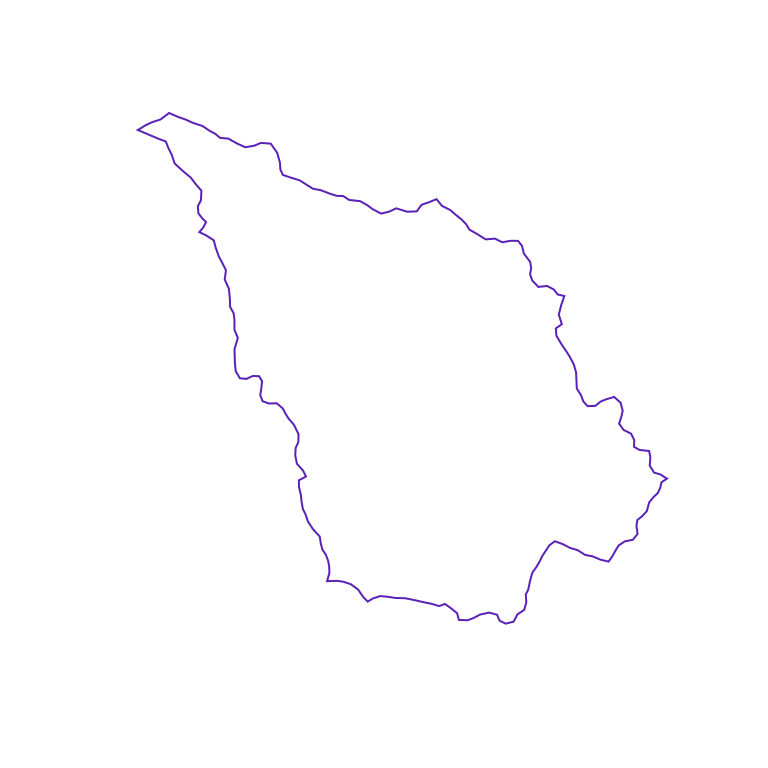 Nova Módica, Minas Gerais, Brazil (Mercator projection), rotated 283°
{"feature_id": "56859067B57192230716204", "entity_name": "Nova Módica", "entity_type": "district", "adm_level": 2, "iso_a3": "BRA", "parent_name": "Brazil", "parent_adm1": "Minas Gerais", "projection": "mercator", "projection_center": [-41.519, -18.438], "detail": "fine", "context": "isolated", "style": "outline", "palette": "violet", "viewbox_px": 768, "rotation_deg": 283, "n_neighbors": 0, "source": "geoboundaries", "source_scale": "gbopen_adm2", "svg_char_len": 2982}
<svg xmlns="http://www.w3.org/2000/svg" viewBox="0 0 768 768"><g transform="rotate(283 384 384)"><path d="M355.4,681.0L358.1,673.5L358.4,667.1L364.2,661.3L372.5,660.0L378.4,657.4L377.2,647.9L379.0,641.8L385.7,640.4L391.2,635.9L393.1,627.8L398.3,622.0L404.9,622.6L411.6,622.6L418.9,618.8L423.2,611.2L419.0,603.8L415.6,599.0L410.2,594.8L408.2,587.3L411.9,582.1L417.4,578.5L422.9,572.9L431.9,570.4L438.6,568.5L445.7,564.6L452.2,559.0L457.3,553.8L462.3,548.4L469.7,541.2L476.8,538.9L482.3,543.8L490.9,538.7L500.4,538.9L510.3,539.9L510.3,533.1L514.3,528.2L516.2,520.7L513.3,512.6L518.2,505.2L523.9,501.6L529.7,501.4L535.8,499.0L542.6,490.9L549.6,487.4L553.6,482.4L552.1,475.4L548.7,467.3L550.6,459.4L547.8,450.5L551.2,440.7L553.6,432.5L558.0,428.3L561.6,422.8L565.1,415.7L568.4,409.5L570.6,400.4L575.9,393.6L570.8,386.3L567.1,380.3L559.6,377.1L557.1,368.0L557.9,356.3L553.1,350.3L549.4,342.8L551.8,333.6L554.3,327.9L556.8,319.7L555.5,308.5L558.0,301.9L556.7,295.7L557.3,288.3L558.6,278.9L558.3,270.7L560.8,263.6L563.5,255.9L564.1,247.1L565.0,238.4L569.6,234.8L576.1,232.9L585.1,228.0L592.7,219.6L591.2,209.8L586.9,203.8L583.5,195.6L585.3,186.6L588.1,177.1L586.9,169.1L589.7,163.5L591.6,156.7L594.6,149.0L595.4,139.5L597.0,131.4L597.9,123.3L599.7,113.6L591.5,106.8L586.9,99.1L582.2,93.2L576.1,87.0L574.2,97.7L572.2,109.3L571.2,116.9L566.0,120.4L559.6,125.6L551.8,130.4L546.6,139.5L541.7,149.2L536.1,156.0L531.3,162.6L521.7,164.3L515.2,162.6L508.5,164.8L504.8,169.3L501.7,174.2L495.6,172.6L490.5,169.9L488.7,177.5L485.7,185.8L478.9,189.4L471.2,194.3L464.8,199.9L459.3,204.4L450.0,205.3L441.8,211.5L431.9,214.8L424.5,216.7L419.2,221.5L413.4,223.7L403.2,226.1L396.1,231.2L390.4,230.9L384.2,230.5L377.8,232.2L370.6,234.1L363.0,236.7L357.2,242.3L358.0,248.7L362.3,254.3L363.5,260.5L359.3,264.6L351.6,265.5L345.4,265.9L339.9,269.6L339.1,276.3L341.1,283.8L337.4,290.9L332.8,294.8L328.5,299.2L324.2,305.2L315.9,312.0L308.1,313.6L301.8,312.3L294.4,313.6L286.7,317.1L281.4,324.6L276.3,328.8L271.0,322.7L263.9,324.6L257.4,327.9L250.7,330.2L243.9,333.1L239.3,336.9L232.9,340.8L226.6,347.4L220.9,355.7L214.1,358.4L208.8,361.3L204.6,365.7L199.3,369.3L194.0,371.6L187.6,373.3L179.1,372.9L181.5,382.0L182.2,388.4L181.5,396.6L177.9,405.0L172.0,411.4L168.3,417.0L172.8,421.8L176.5,428.0L177.5,435.2L178.1,443.3L180.0,452.7L180.3,462.5L180.3,471.2L180.5,480.3L180.0,487.7L183.4,492.8L180.6,499.7L177.1,506.8L171.0,510.0L172.6,518.6L176.2,524.0L180.9,529.4L184.9,537.9L184.6,546.0L179.3,550.0L177.9,556.5L181.6,563.8L189.5,565.8L195.4,571.4L203.3,571.8L210.7,569.5L216.2,570.8L224.8,570.6L233.7,571.0L239.6,573.5L245.1,575.3L252.3,577.0L257.8,579.1L264.2,581.5L269.2,585.9L268.2,594.2L266.1,602.2L265.7,610.0L262.7,618.4L263.0,625.9L261.5,634.6L261.5,642.8L268.0,645.4L273.7,647.0L279.4,648.9L284.9,654.1L288.2,661.5L295.0,664.8L302.6,661.9L308.5,661.5L313.2,665.2L319.3,668.7L328.3,669.0L334.4,672.0L339.1,675.2L344.6,676.5L350.7,676.5L355.4,681.0Z" fill="none" stroke="#5b21b6" stroke-width="2"/></g></svg>